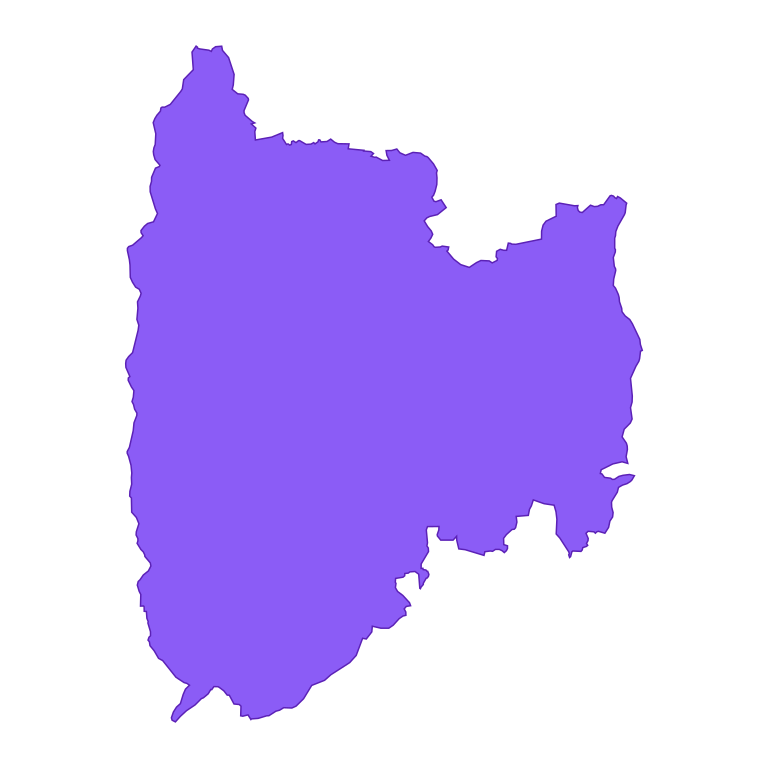 the district of Rebra, Bistrita-Nasaud, Romania
{"feature_id": "2599482B64349342212864", "entity_name": "Rebra", "entity_type": "district", "adm_level": 2, "iso_a3": "ROU", "parent_name": "Romania", "parent_adm1": "Bistrita-Nasaud", "projection": "robinson", "projection_center": [24.525, 47.344], "detail": "fine", "context": "isolated", "style": "filled", "palette": "violet", "viewbox_px": 768, "rotation_deg": 0, "n_neighbors": 0, "source": "geoboundaries", "source_scale": "gbopen_adm2", "svg_char_len": 6096}
<svg xmlns="http://www.w3.org/2000/svg" viewBox="0 0 768 768"><path d="M617.6,196.5L616.5,198.5L615.0,197.8L613.5,196.1L611.4,195.4L610.1,195.8L603.7,204.7L600.7,204.8L597.7,206.3L594.3,206.6L590.5,205.2L582.3,212.5L579.8,212.1L578.2,210.5L577.4,207.6L577.9,205.6L574.6,205.8L559.3,203.1L556.0,204.5L556.2,216.2L546.0,221.2L543.1,225.1L541.6,231.1L541.5,239.1L515.9,244.3L511.6,244.1L510.7,243.4L508.3,243.1L506.6,250.3L503.7,250.3L500.2,249.3L496.6,251.3L496.1,256.8L497.5,258.6L497.1,260.4L492.2,262.9L489.2,260.9L480.9,260.5L476.5,262.6L469.3,267.4L460.7,264.6L453.6,259.1L446.9,251.1L448.1,250.0L448.7,247.0L442.2,246.1L440.2,247.0L435.3,247.3L434.1,246.8L432.6,244.7L428.4,241.5L430.9,238.1L432.7,234.3L431.3,231.0L427.6,226.5L424.2,220.9L426.8,217.9L429.6,216.5L437.5,214.6L446.2,207.6L441.1,199.8L435.9,201.7L434.0,201.2L431.9,197.4L432.3,196.4L433.4,195.6L435.1,191.3L436.8,184.5L437.0,177.9L436.5,172.9L437.2,170.4L433.5,163.9L428.2,157.6L426.9,156.6L424.8,156.1L420.6,153.1L413.0,152.4L405.5,155.3L399.9,152.8L396.8,149.0L391.6,150.5L386.1,150.6L386.9,155.3L389.4,160.3L382.6,160.5L376.2,157.1L374.6,157.3L371.0,156.2L373.5,153.5L370.8,151.6L363.6,151.0L363.9,150.3L348.2,148.8L349.0,143.9L337.8,143.7L334.5,142.2L330.7,139.1L327.0,141.5L321.0,141.9L319.8,139.9L318.6,139.9L318.0,141.8L315.0,143.9L313.7,142.6L311.0,144.1L306.1,144.4L299.6,140.6L298.6,140.6L296.0,142.6L293.3,140.9L291.7,141.6L291.3,144.5L289.7,145.1L288.0,143.9L286.5,144.5L282.6,138.4L283.0,135.5L282.6,132.6L271.7,137.1L255.4,140.0L254.8,131.6L255.9,128.1L251.3,124.0L254.7,122.9L252.4,121.6L245.1,115.3L244.1,112.8L244.0,110.7L248.5,99.9L248.2,98.4L245.3,95.2L243.2,94.3L237.7,93.8L232.2,89.4L233.3,84.9L234.1,74.4L228.6,57.6L222.5,50.4L221.7,46.2L215.6,46.7L212.4,49.0L211.3,51.4L208.9,50.2L199.6,48.9L197.3,48.0L197.4,47.1L196.1,46.1L192.0,52.1L193.3,69.7L183.7,79.6L182.3,89.0L180.7,91.5L170.3,104.4L164.6,107.2L162.1,107.1L160.9,108.0L160.4,111.2L157.0,115.1L154.9,118.5L153.2,122.6L155.8,133.8L155.2,144.5L153.9,147.9L153.3,151.5L153.7,154.8L155.1,159.6L160.0,165.3L159.2,166.6L155.5,168.1L151.6,177.3L151.5,181.4L150.1,186.4L150.2,191.8L155.4,208.8L157.5,213.5L153.5,221.8L147.6,223.5L144.4,226.2L141.0,230.5L141.1,232.7L143.1,235.7L141.6,237.5L132.6,245.2L128.7,246.6L127.4,248.3L127.4,250.6L129.4,259.8L130.0,265.0L130.3,277.4L132.5,282.2L135.6,287.1L139.3,289.3L141.1,293.3L140.3,296.1L137.5,301.8L137.9,308.2L136.9,319.4L138.8,325.2L138.1,330.3L132.6,352.6L128.7,356.5L126.1,360.2L125.7,363.5L125.9,367.4L129.9,376.6L128.3,378.0L128.2,380.3L131.4,386.9L133.9,390.6L133.3,397.2L132.0,401.6L133.5,404.5L134.6,409.1L136.9,413.1L136.8,415.5L134.0,422.8L133.2,430.8L129.4,447.4L127.2,451.5L127.2,453.2L128.6,456.4L131.0,465.2L131.8,473.1L131.4,477.6L131.7,484.2L129.9,491.3L129.7,496.1L131.4,498.0L131.7,512.2L136.4,517.5L138.9,523.7L136.3,531.8L136.1,535.0L137.9,538.6L137.9,541.0L137.1,543.3L140.9,549.5L143.3,551.9L144.7,554.8L144.9,556.5L150.3,562.9L150.9,566.0L148.4,570.9L143.3,575.0L140.0,579.8L138.2,581.5L137.3,585.1L139.2,591.4L140.8,594.5L140.5,606.1L143.6,606.0L144.1,606.8L144.2,611.3L146.4,611.5L146.9,618.3L148.2,621.6L147.9,623.0L150.5,631.8L150.5,635.8L149.0,637.2L148.0,640.1L149.4,641.8L150.0,645.7L154.1,650.7L158.6,658.4L162.7,660.6L176.0,677.3L184.1,682.6L186.9,683.4L189.5,685.2L185.5,689.1L183.2,694.4L180.4,703.6L176.5,707.1L173.4,712.0L171.4,717.8L172.1,720.2L175.4,721.9L180.3,716.4L186.6,710.6L195.1,704.9L201.4,698.6L203.4,697.8L208.2,693.8L210.8,689.5L211.7,689.7L213.9,686.6L218.1,686.7L219.4,687.5L223.8,690.8L227.2,695.1L229.3,695.2L234.0,704.0L239.3,704.5L241.0,706.2L240.7,715.8L242.8,716.2L248.0,714.9L250.9,719.5L251.4,718.9L258.1,718.4L266.7,715.8L268.9,715.7L275.9,711.2L279.6,710.2L283.7,707.7L291.9,708.0L296.1,706.1L303.6,698.7L311.7,685.4L324.6,680.3L330.9,674.7L349.7,662.6L356.2,655.4L362.6,638.3L366.3,639.0L371.8,631.9L372.3,626.2L380.9,628.2L388.8,628.2L393.2,625.2L399.2,618.6L403.0,616.0L405.9,615.3L405.8,612.0L404.2,608.9L406.3,606.4L410.6,605.7L409.5,602.7L402.8,595.4L397.6,591.5L395.4,587.7L396.0,583.4L395.3,582.2L395.6,578.4L403.0,577.2L404.7,575.8L404.8,573.5L408.3,573.1L409.8,571.9L415.0,571.5L418.7,574.2L419.8,588.3L420.4,588.7L421.0,587.2L423.3,584.5L423.3,583.3L426.2,578.2L427.2,578.0L428.4,576.4L428.9,574.4L427.7,571.3L427.0,571.3L425.9,570.0L423.2,569.6L422.9,568.3L421.1,568.4L421.2,563.9L428.5,551.6L428.3,548.0L426.9,545.9L427.5,542.8L426.3,529.9L427.5,526.6L439.0,526.5L438.8,530.0L437.2,534.6L437.4,536.0L440.7,540.1L453.1,540.1L456.6,536.3L456.7,540.0L458.8,548.9L465.2,549.7L484.0,555.4L484.9,551.7L490.3,551.0L492.6,551.3L495.4,549.4L499.3,549.4L502.1,550.7L504.3,552.6L506.4,550.7L507.5,548.5L507.5,545.8L503.8,544.6L503.6,538.3L506.4,534.6L512.0,529.5L514.3,529.2L515.6,527.7L516.9,522.1L516.2,516.4L528.3,515.4L529.5,509.3L531.4,505.8L533.3,499.9L544.1,503.7L554.1,505.2L556.0,511.8L556.9,519.4L556.2,534.0L559.8,538.0L568.8,551.9L569.3,553.7L568.7,554.8L569.6,557.5L570.6,556.6L571.9,551.7L572.9,551.0L581.0,551.4L582.2,550.0L582.8,547.6L586.5,546.4L587.7,545.3L586.5,543.4L588.0,540.7L588.2,538.4L586.0,533.3L588.1,531.3L593.9,531.8L595.4,533.2L596.6,531.9L598.3,531.3L604.9,533.2L608.6,527.4L609.9,521.1L612.6,517.0L613.1,512.6L611.7,507.1L611.5,502.4L612.0,500.8L617.3,492.2L618.5,487.4L622.5,485.1L627.1,483.6L630.4,481.5L631.9,480.0L634.4,475.7L629.5,474.5L623.0,475.3L618.9,476.4L614.5,479.3L612.3,479.4L610.6,478.2L604.5,477.4L601.9,473.9L600.3,473.5L601.2,469.7L612.9,463.9L622.1,461.8L627.8,463.4L626.1,456.7L627.4,449.5L627.2,446.0L626.4,443.2L622.1,436.9L624.2,429.2L630.3,423.0L632.1,419.0L630.5,407.7L632.1,402.0L632.3,396.1L630.5,378.3L635.9,366.3L638.9,361.2L639.6,358.7L640.5,351.2L642.3,350.4L640.4,344.5L639.8,339.4L632.4,323.8L629.8,319.6L625.1,315.9L622.0,311.7L621.7,308.3L619.5,301.8L619.1,297.4L618.3,294.4L615.5,288.2L613.3,285.5L613.7,279.1L615.7,270.6L615.6,268.9L614.3,266.3L613.3,257.5L615.3,252.0L615.4,249.5L614.7,248.4L614.7,238.1L615.5,235.7L615.8,231.6L617.9,226.1L624.4,214.7L625.2,212.7L626.1,205.0L626.7,203.2L620.4,198.0L617.6,196.5Z" fill="#8b5cf6" stroke="#5b21b6" stroke-width="1.5"/></svg>